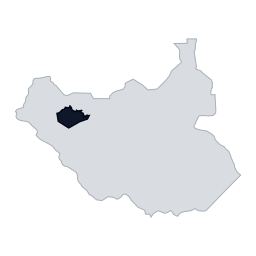 Aweil Centre, Northern Bahr el Ghazal, South Sudan (highlighted)
{"feature_id": "79223893B3139508517189", "entity_name": "Aweil Centre", "entity_type": "district", "adm_level": 2, "iso_a3": "SSD", "parent_name": "South Sudan", "parent_adm1": "Northern Bahr el Ghazal", "projection": "albers", "projection_center": [27.174, 8.427], "detail": "fine", "context": "in_parent", "style": "filled", "palette": "ink", "viewbox_px": 256, "rotation_deg": 0, "n_neighbors": 0, "source": "geoboundaries", "source_scale": "gbopen_adm2", "svg_char_len": 4056}
<svg xmlns="http://www.w3.org/2000/svg" viewBox="0 0 256 256"><path d="M214.9,201.4L206.7,209.9L206.1,210.4L205.1,211.0L201.7,211.1L198.3,210.7L195.0,208.6L191.8,210.3L189.8,210.9L188.5,211.1L185.6,211.4L181.6,212.4L179.8,213.5L178.8,214.4L178.0,216.0L177.6,216.2L176.8,216.0L175.8,215.4L173.6,214.5L172.5,212.4L171.4,211.2L170.6,210.5L167.2,212.6L165.5,213.1L164.1,213.1L161.6,212.0L158.9,211.0L157.4,211.0L155.3,212.3L152.9,214.2L151.7,216.0L151.1,217.1L150.2,215.4L149.4,214.4L148.2,214.0L145.9,214.4L145.4,213.8L145.2,212.4L144.9,211.1L144.3,210.1L142.5,209.2L137.9,207.2L134.3,203.3L132.5,201.4L131.2,200.3L129.4,197.1L127.2,195.0L124.7,194.0L123.0,194.5L121.3,196.8L118.1,199.0L116.6,199.1L114.7,197.9L112.2,197.1L107.9,196.8L106.1,197.8L103.8,199.5L101.8,200.5L100.6,200.6L99.5,200.2L98.2,200.0L97.0,200.0L94.7,198.4L93.5,197.3L92.7,196.3L91.4,195.5L89.9,194.9L88.8,194.0L88.3,192.8L87.4,191.3L86.3,189.9L82.8,187.4L81.7,186.0L81.0,184.5L79.5,183.0L78.0,180.9L77.5,177.8L77.4,175.3L77.1,174.2L76.5,173.0L75.7,172.1L74.5,171.0L71.6,169.4L68.7,167.5L67.2,166.5L64.5,166.1L62.9,165.0L61.6,162.7L61.0,160.8L59.7,159.4L59.1,158.3L58.8,157.1L59.9,153.5L58.3,152.2L56.0,150.5L54.3,148.6L53.3,146.9L50.3,144.7L43.8,141.3L40.1,139.2L38.0,137.3L36.2,135.4L36.1,134.6L37.2,132.8L37.4,131.2L36.5,129.5L32.6,126.3L29.5,122.8L27.2,121.6L21.5,120.6L19.9,120.2L18.2,119.5L16.5,118.0L16.0,116.1L16.8,113.1L16.3,112.2L15.4,111.9L15.6,111.3L16.7,109.8L18.5,108.9L23.1,107.5L23.4,106.9L23.5,105.0L23.9,104.1L25.5,101.5L25.7,100.5L25.8,98.3L26.1,97.2L26.5,96.5L27.8,95.2L28.3,94.4L28.5,92.7L28.3,89.4L29.0,88.1L32.0,85.1L32.7,83.7L33.0,82.5L33.0,81.3L33.2,80.0L34.1,78.9L34.8,78.5L37.0,78.1L38.4,78.4L48.7,76.3L49.9,76.6L50.5,77.9L50.4,79.8L50.6,80.8L51.1,81.5L52.8,82.4L53.9,84.0L54.5,84.6L56.1,85.6L63.8,94.6L66.0,95.5L68.1,95.2L72.2,93.3L74.3,92.8L88.9,93.3L90.5,93.1L92.8,97.6L93.9,98.6L109.9,98.6L109.6,97.3L109.8,95.9L112.6,93.1L113.0,92.8L115.4,91.5L117.8,90.6L122.5,89.5L124.2,87.9L125.1,86.4L125.1,83.5L125.7,83.0L126.8,82.3L132.1,79.7L133.0,79.1L142.6,85.1L147.9,89.9L148.2,90.1L148.5,90.2L148.8,90.0L149.0,89.8L149.7,89.6L151.9,89.5L156.2,89.2L157.6,88.6L166.2,79.9L168.3,77.2L168.9,76.6L170.1,74.6L171.4,71.3L171.6,70.9L181.0,62.7L181.3,62.1L181.4,61.6L179.9,58.9L179.6,57.5L179.5,55.4L179.8,52.1L179.6,50.0L179.5,49.5L179.4,49.4L174.1,43.5L187.4,43.3L187.4,42.5L187.3,42.3L187.1,41.6L186.9,40.6L186.9,40.1L187.0,39.6L187.0,39.4L186.9,39.1L187.0,38.9L196.5,38.9L196.4,40.6L195.3,44.5L195.4,46.9L195.2,49.6L194.8,50.4L194.4,51.1L194.2,51.4L194.2,51.7L196.4,66.7L196.3,67.4L195.8,68.3L195.6,68.6L195.6,68.9L195.8,69.0L200.3,70.6L200.5,70.7L200.6,70.8L202.3,72.7L211.1,79.7L211.4,80.1L212.3,82.3L212.4,82.7L212.4,83.2L212.4,83.6L212.2,85.0L212.3,85.6L212.5,86.0L212.6,86.4L212.6,86.6L212.5,86.9L211.3,89.5L210.9,91.4L210.8,93.0L210.9,93.9L211.0,94.4L211.2,94.7L211.3,94.8L215.1,94.7L215.0,95.5L215.8,109.1L215.8,110.7L215.7,112.6L215.3,113.4L214.2,114.5L212.9,115.5L209.5,115.8L206.7,115.8L204.7,115.6L201.9,115.6L199.4,115.8L198.4,116.7L195.1,124.0L194.1,125.8L193.8,126.9L194.2,127.5L195.5,128.4L198.5,129.6L201.8,130.3L204.3,130.6L206.1,130.9L207.4,131.3L212.2,134.5L213.8,136.0L214.6,137.4L214.9,138.8L215.6,140.2L220.0,144.7L224.2,146.8L225.8,149.1L227.4,150.3L228.9,151.5L229.7,153.4L231.6,158.8L232.9,161.6L234.1,163.9L234.7,167.7L235.7,169.4L236.8,171.5L238.5,173.3L240.3,174.7L240.6,175.1L222.9,193.1L214.9,201.4Z" fill="#d9dde1" stroke="#a8b0b8" stroke-width="1"/><path d="M81.6,110.5L81.3,110.3L80.3,110.9L79.9,110.7L79.6,110.8L79.7,111.2L79.4,111.4L79.2,111.0L77.1,110.8L76.6,110.3L75.6,111.8L72.7,110.4L71.7,109.3L71.4,107.8L70.3,106.2L69.8,106.1L69.7,107.9L67.6,107.6L67.0,108.1L66.5,107.9L65.9,107.3L65.4,107.3L64.5,109.2L62.3,109.8L59.4,112.7L57.0,113.4L58.3,121.3L68.7,127.9L71.4,126.4L77.7,122.8L79.6,121.7L87.4,119.0L89.1,115.6L88.3,115.8L87.5,115.3L87.0,115.2L86.7,115.7L84.9,116.1L84.3,117.2L83.7,116.9L83.4,115.6L83.7,115.2L83.1,113.3L82.0,113.0L80.9,111.8L81.0,110.9L81.6,110.5Z" fill="#0f172a" stroke="#020617" stroke-width="1.5"/></svg>